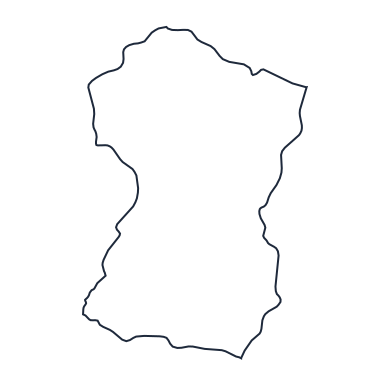 an SVG outline of Libertador General Bernardo O'Higgins, rotated 273°
{"feature_id": "CHL-2703", "entity_name": "Libertador General Bernardo O'Higgins", "entity_type": "Region", "adm_level": 1, "iso_a3": "CHL", "parent_name": "Chile", "parent_adm1": "", "projection": "orthographic", "projection_center": [-71.138, -34.463], "detail": "fine", "context": "isolated", "style": "outline", "palette": "slate", "viewbox_px": 384, "rotation_deg": 273, "n_neighbors": 0, "source": "natural_earth", "source_scale": "10m", "svg_char_len": 2448}
<svg xmlns="http://www.w3.org/2000/svg" viewBox="0 0 384 384"><g transform="rotate(273 192 192)"><path d="M355.5,157.8L354.0,159.3L352.8,163.6L352.9,169.4L353.5,175.1L353.6,179.5L352.1,183.1L344.6,189.4L342.3,193.6L338.7,203.0L335.9,206.9L329.3,212.5L326.3,215.8L323.9,222.4L322.2,237.1L318.9,243.1L315.7,244.9L313.1,245.5L312.0,246.7L313.3,250.1L315.7,252.9L317.6,254.6L318.2,256.9L305.7,286.7L302.6,300.5L302.7,301.0L279.8,295.5L276.4,295.4L273.6,295.8L264.3,298.2L261.6,298.4L258.9,298.1L256.2,297.0L254.7,296.1L254.0,295.5L241.1,282.4L237.5,279.9L233.7,279.0L220.4,280.4L216.1,280.3L210.3,279.0L203.4,276.0L195.0,270.7L190.7,268.9L185.3,267.5L182.7,266.1L181.2,264.5L180.1,262.2L179.3,261.2L178.5,260.6L176.4,260.2L173.6,260.5L169.3,262.1L162.9,266.2L160.2,267.1L151.9,265.4L150.0,266.4L147.7,268.8L146.6,269.6L145.0,270.6L143.9,272.0L141.6,276.8L140.2,279.0L137.3,280.9L133.1,281.8L101.9,280.3L97.4,280.9L94.5,282.1L93.1,283.7L91.4,285.1L89.3,286.1L86.8,286.1L83.9,284.3L81.9,282.6L76.9,274.8L73.9,271.6L71.7,270.3L67.6,269.0L59.0,268.5L56.1,267.9L54.1,266.9L46.9,259.4L36.4,252.9L28.8,249.8L28.5,249.8L29.4,247.8L30.0,244.6L34.7,233.8L35.6,230.0L36.0,212.8L37.7,200.9L37.6,196.7L35.9,189.6L35.5,185.5L36.6,180.8L39.4,178.1L42.5,176.3L45.0,174.2L45.9,171.3L46.2,167.4L45.8,151.8L44.7,143.8L43.2,141.0L40.9,137.8L39.6,134.2L40.9,130.0L48.1,120.5L50.0,117.2L52.7,110.3L54.6,106.9L58.6,104.5L58.9,102.1L58.7,99.5L58.7,97.4L59.5,95.9L63.1,92.1L64.1,89.6L64.3,89.6L69.3,89.6L70.9,89.8L72.2,90.3L74.2,91.6L75.4,92.1L76.9,91.6L77.9,91.0L78.8,90.9L80.7,92.8L81.9,93.7L83.5,94.5L86.2,95.2L88.7,96.9L89.7,98.8L90.6,99.6L96.0,102.2L103.9,110.1L106.9,109.1L108.3,108.3L114.4,106.4L116.6,106.5L119.7,107.3L129.4,111.3L143.2,121.1L144.9,122.0L146.7,122.3L148.7,120.8L150.5,119.0L152.8,118.0L156.0,119.0L174.5,134.0L178.8,136.0L182.8,137.3L188.5,138.0L193.0,138.0L205.6,135.6L209.0,133.6L211.8,131.4L218.3,121.2L221.0,118.5L230.3,111.3L232.2,109.3L233.3,107.5L234.1,105.2L234.2,102.5L234.1,102.2L233.6,95.4L233.9,94.1L235.2,93.6L237.3,93.5L241.9,93.9L245.1,93.3L247.5,92.4L249.3,91.3L251.4,90.3L254.9,89.7L264.7,90.3L270.0,89.7L290.9,83.0L293.9,83.3L297.7,86.3L300.9,90.2L304.9,96.3L307.8,102.1L309.4,107.6L310.9,111.2L313.4,114.3L317.4,116.4L321.2,116.7L328.1,116.0L330.9,116.6L333.4,118.6L335.4,121.7L337.0,126.2L337.6,130.3L338.6,133.4L340.0,136.8L349.0,143.4L351.6,146.8L353.6,150.1L355.5,157.8Z" fill="none" stroke="#1e293b" stroke-width="2"/></g></svg>